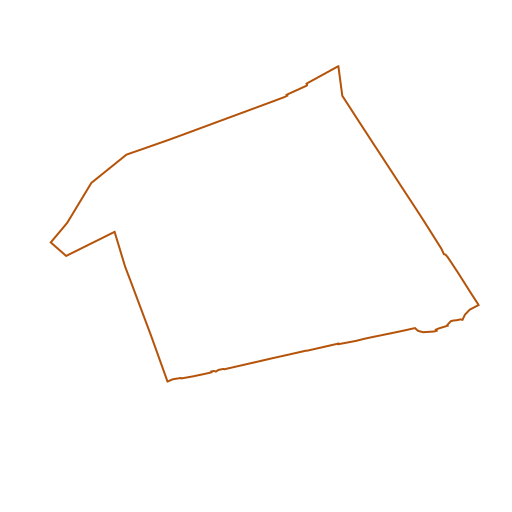 Sofronea, Arad, Romania, rotated 334°
{"feature_id": "2599482B86430768940785", "entity_name": "Sofronea", "entity_type": "district", "adm_level": 2, "iso_a3": "ROU", "parent_name": "Romania", "parent_adm1": "Arad", "projection": "mercator", "projection_center": [21.295, 46.27], "detail": "fine", "context": "isolated", "style": "outline", "palette": "amber", "viewbox_px": 512, "rotation_deg": 334, "n_neighbors": 0, "source": "geoboundaries", "source_scale": "gbopen_adm2", "svg_char_len": 1266}
<svg xmlns="http://www.w3.org/2000/svg" viewBox="0 0 512 512"><g transform="rotate(334 256 256)"><path d="M434.5,397.7L434.5,396.5L433.0,384.5L430.1,358.4L429.8,356.5L429.0,350.1L427.8,341.2L427.0,338.0L425.7,336.7L425.8,330.7L422.7,302.3L421.2,289.5L417.1,257.2L413.2,225.9L412.0,216.2L410.7,206.4L409.8,198.9L407.6,181.3L403.8,149.8L413.2,121.6L412.7,121.5L377.0,123.2L376.9,124.7L376.3,125.1L354.3,124.5L354.4,125.6L350.9,125.6L342.8,124.8L229.7,113.5L184.0,108.1L140.1,118.1L100.9,143.4L86.1,150.0L77.5,153.8L79.0,157.5L85.4,172.7L139.5,172.3L133.7,208.1L132.4,222.6L126.7,282.1L125.1,296.7L122.1,324.0L121.4,330.0L121.6,330.1L124.0,330.2L127.0,330.3L129.8,331.1L132.4,331.9L135.0,332.7L135.2,333.3L146.7,336.6L149.6,337.3L155.5,338.8L161.2,340.2L162.4,340.5L165.0,341.0L165.2,340.2L167.8,340.9L169.3,342.3L172.3,341.9L177.1,343.2L177.8,343.9L223.9,354.6L259.0,362.9L260.7,363.6L291.6,370.8L291.4,371.4L308.5,376.1L317.5,378.0L322.8,379.3L351.6,386.7L367.3,390.5L368.8,394.3L372.9,397.8L382.9,401.9L385.5,402.4L385.4,401.1L388.4,401.2L397.7,402.7L397.7,401.9L400.7,400.7L402.6,400.0L405.1,400.5L407.9,401.6L412.0,402.6L413.6,403.9L418.1,400.3L421.4,399.1L424.7,397.9L428.6,397.8L432.6,397.7L434.5,397.7Z" fill="none" stroke="#b45309" stroke-width="2"/></g></svg>